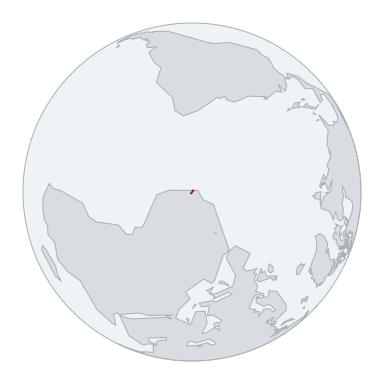 North Bank highlighted on a globe, orthographic projection, rotated 127°
{"feature_id": "GMB-5513", "entity_name": "North Bank", "entity_type": "Division", "adm_level": 1, "iso_a3": "GMB", "parent_name": "Gambia", "parent_adm1": "", "projection": "orthographic", "projection_center": [-15.943, 13.489], "detail": "fine", "context": "on_globe", "style": "filled", "palette": "rose", "viewbox_px": 384, "rotation_deg": 127, "n_neighbors": 0, "source": "natural_earth", "source_scale": "10m", "svg_char_len": 8938}
<svg xmlns="http://www.w3.org/2000/svg" viewBox="0 0 384 384"><g transform="rotate(127 192 192)"><circle cx="192" cy="192" r="169" fill="#eef3f6" stroke="#a8b0b8"/><path d="M48.7,102.6L37.0,125.1L39.5,119.4L39.7,118.8L48.7,102.6ZM151.7,27.9L139.6,31.5L139.7,32.2L127.1,39.6L130.5,38.4L127.9,41.2L130.9,41.1L127.7,43.0L132.9,41.4L135.2,39.7L138.3,38.6L140.3,38.5L136.5,40.7L135.0,41.1L134.9,41.8L132.2,43.0L134.7,42.4L129.9,45.4L137.5,42.5L136.2,45.0L132.2,47.0L128.9,46.7L111.5,52.3L106.5,55.2L102.8,59.1L103.6,66.2L99.6,69.8L96.9,74.8L100.8,72.5L104.3,68.0L110.8,65.6L114.3,60.9L117.5,59.4L122.6,55.1L125.8,56.0L126.2,59.5L122.1,63.4L122.1,65.2L129.2,62.1L124.8,70.5L127.3,78.4L125.7,80.9L116.8,83.8L108.6,81.8L97.1,87.6L108.6,84.4L104.4,91.4L105.4,93.0L108.0,93.2L111.1,91.0L110.6,93.7L99.0,97.4L99.3,94.9L103.0,93.6L99.1,93.0L91.3,96.4L89.8,100.1L79.6,102.9L78.4,105.8L75.5,108.3L78.1,103.4L73.2,112.6L60.9,120.3L54.1,137.4L56.5,122.9L54.7,120.2L51.8,119.0L50.6,121.7L48.5,117.7L43.6,121.7L37.4,134.4L34.5,145.5L37.2,148.2L40.1,143.1L43.3,143.5L36.6,158.1L41.4,163.3L38.4,174.9L39.2,182.0L42.7,181.8L46.1,186.3L49.9,180.4L55.5,178.2L54.1,188.0L58.4,180.0L60.7,185.6L72.7,188.4L71.4,190.4L81.3,204.4L94.4,212.0L97.5,219.7L95.7,223.7L100.8,225.8L100.9,228.7L123.3,236.2L136.4,244.7L137.2,254.5L128.4,264.5L125.8,286.5L111.4,291.6L111.4,299.9L106.4,310.5L97.3,307.8L103.6,314.5L101.6,317.2L96.7,316.2L99.1,320.2L95.6,319.4L100.2,322.7L99.6,326.5L105.6,331.2L106.4,334.1L110.4,336.8L108.9,336.3L108.6,336.7L110.3,338.0L103.4,334.4L95.7,328.5L94.0,326.2L91.9,325.1L87.6,318.7L87.2,319.6L78.2,308.0L74.5,298.9L63.0,269.2L59.1,262.3L50.3,252.6L39.4,225.9L40.5,217.0L38.9,211.7L44.3,199.9L44.1,186.4L42.5,183.8L40.2,187.9L35.9,177.1L36.0,166.4L31.7,142.0L33.2,136.2L36.2,128.3L49.4,101.4L56.7,90.8L64.8,80.7L73.7,71.4L83.3,62.7L93.5,54.8L104.2,47.6L115.5,41.4L127.2,36.0L139.3,31.5L151.7,27.9ZM51.5,143.0L57.3,154.5L51.9,153.7L53.3,152.5L52.3,148.3L49.7,143.6L45.6,143.8L51.5,143.0ZM58.7,135.1L57.6,133.9L59.0,134.4L58.7,135.1ZM120.5,54.9L121.5,55.0L120.0,55.7L120.5,54.9ZM121.7,53.1L119.3,53.9L119.5,53.1L121.0,52.6L121.7,53.1ZM124.7,52.3L120.2,51.8L120.7,50.5L126.8,47.8L124.7,52.3ZM135.1,39.3L132.7,41.0L132.9,39.7L135.1,39.3ZM134.5,38.8L130.7,37.2L135.2,35.0L135.6,35.8L140.0,33.2L144.1,32.8L142.6,34.1L138.9,35.6L143.3,34.4L134.5,38.8ZM139.5,38.0L138.3,37.8L142.2,35.7L145.3,35.9L143.0,36.5L139.5,38.0ZM139.2,32.9L142.6,31.7L146.8,30.9L148.7,30.4L144.6,32.6L139.2,32.9ZM143.2,36.9L146.7,36.1L146.7,37.1L140.9,38.2L143.2,36.9ZM141.9,35.2L143.9,34.3L143.8,34.8L141.9,35.2ZM148.7,40.8L147.2,40.2L149.0,39.0L148.7,40.8ZM148.1,35.7L148.0,35.4L148.6,35.0L150.9,34.7L148.1,35.7ZM147.9,32.1L149.0,32.2L149.8,31.1L153.0,30.7L149.7,32.4L152.5,31.6L153.5,31.5L149.6,33.0L147.9,32.1ZM154.9,33.2L151.8,35.7L154.2,36.9L152.5,37.9L149.0,35.8L154.9,33.2ZM152.2,32.9L153.5,33.3L150.8,34.2L148.2,34.5L152.2,32.9ZM156.4,30.0L152.3,30.1L153.2,29.7L156.4,30.0ZM156.2,33.3L156.9,32.8L156.6,33.3L156.2,33.3ZM156.9,30.7L155.4,30.7L156.4,30.3L156.9,30.7ZM159.7,31.8L158.6,32.5L156.8,32.6L159.7,31.8ZM158.8,31.1L160.6,30.6L156.8,32.2L158.0,31.2L158.8,31.1ZM158.2,30.4L158.3,30.1L158.7,30.4L158.2,30.4ZM167.0,31.0L162.6,33.0L158.7,33.3L163.5,31.2L167.0,31.0ZM116.6,341.2L104.8,335.3L110.6,338.3L110.4,337.1L118.2,341.0L116.6,341.2ZM117.9,338.3L120.2,338.1L122.0,338.9L120.8,339.4L117.9,338.3ZM358.2,161.6L354.4,147.1L349.3,133.1L349.6,135.8L343.2,126.2L337.8,130.8L335.3,127.6L334.7,130.4L330.0,128.6L325.5,123.3L323.5,124.9L334.8,138.8L336.9,137.2L336.2,129.7L339.2,135.2L343.5,138.6L344.8,155.5L333.9,175.6L330.1,164.2L307.2,136.8L306.3,133.1L306.1,132.7L305.6,132.1L306.4,138.3L301.5,132.9L316.8,152.5L320.6,161.8L333.8,176.4L333.3,178.7L336.7,181.3L344.2,172.8L344.8,176.8L343.0,197.3L330.2,227.8L330.3,244.1L326.6,258.7L315.1,271.1L312.5,281.6L306.0,286.8L303.3,292.9L296.0,300.4L285.3,308.1L270.8,311.1L272.8,306.0L269.8,296.9L266.9,272.6L273.6,259.8L273.5,250.5L262.7,231.0L265.3,218.6L261.7,214.1L254.7,216.3L250.2,210.8L245.7,211.2L215.4,218.4L204.4,211.4L187.2,188.3L191.4,178.4L189.2,167.3L215.8,127.5L224.9,128.7L249.7,120.6L253.4,121.4L254.2,130.0L275.8,137.1L278.4,129.2L294.3,131.7L302.5,129.3L299.0,113.3L285.4,116.8L279.5,110.1L287.4,101.1L298.7,98.9L296.7,96.3L286.5,92.2L286.0,86.6L282.6,90.4L286.3,92.6L284.3,95.3L280.8,93.6L280.8,91.5L276.5,91.2L277.8,101.8L281.7,105.2L272.4,109.3L278.0,115.5L276.5,119.3L266.6,110.4L265.2,106.6L249.3,98.4L250.0,102.5L265.0,110.9L261.7,110.6L262.7,117.2L259.3,112.0L242.7,102.7L232.3,107.0L224.3,124.6L217.1,126.9L208.6,124.7L206.1,108.5L222.5,105.3L221.9,100.3L214.0,94.1L219.6,93.9L218.4,91.2L224.2,90.0L227.8,82.8L233.0,81.3L230.0,73.5L232.3,71.9L233.4,76.8L236.9,79.7L249.2,77.0L250.3,75.0L247.4,70.4L251.2,70.6L246.8,66.5L251.7,63.6L242.0,64.0L238.4,59.5L239.0,55.4L236.0,54.2L235.0,60.9L236.2,63.7L240.0,65.8L241.7,74.3L238.4,76.4L230.0,68.4L224.4,70.9L220.4,64.3L225.5,48.9L229.9,45.6L246.3,48.5L247.8,51.3L242.7,51.4L251.4,55.0L248.8,52.9L251.9,53.3L249.2,49.7L251.3,49.8L245.1,46.4L247.4,46.2L251.2,48.4L249.1,43.7L252.6,42.9L251.2,41.9L248.6,40.9L254.7,41.0L253.4,40.2L250.8,39.9L246.5,38.3L241.2,35.7L243.6,35.8L245.8,36.8L254.2,39.3L259.8,42.3L260.2,42.2L255.9,39.7L245.8,36.4L241.9,34.9L246.5,36.0L244.5,35.5L243.4,34.8L244.5,34.4L239.3,33.1L223.1,27.2L223.6,26.5L229.6,27.7L220.8,25.5L232.8,28.0L244.4,31.4L255.8,35.5L266.8,40.5L277.4,46.2L287.7,52.7L297.4,59.9L306.6,67.8L315.1,76.3L323.1,85.4L330.4,95.1L337.0,105.2L342.8,115.8L347.9,126.8L352.1,138.1L355.6,149.7L358.2,161.6ZM210.7,147.0L211.0,150.3L210.7,147.0ZM313.5,104.9L318.4,103.5L311.2,95.2L312.4,94.2L309.5,92.0L310.6,94.7L302.7,88.6L303.0,85.2L299.9,81.8L298.1,82.2L298.8,89.5L310.1,97.9L311.1,102.1L313.5,104.9ZM73.1,188.4L74.4,190.6L72.3,190.2L73.1,188.4ZM50.1,157.4L51.8,158.3L52.4,160.1L50.9,160.1L50.1,157.4ZM67.2,163.2L69.7,164.8L66.7,164.8L67.2,163.2ZM58.4,156.1L65.2,162.4L59.3,163.6L55.2,159.8L58.7,160.1L58.4,156.1ZM55.7,140.2L56.6,141.4L55.6,143.0L55.7,140.2ZM59.8,135.5L59.3,135.5L59.3,133.9L59.8,135.5ZM105.1,91.2L106.0,91.0L108.2,91.8L106.2,92.6L105.1,91.2ZM123.3,89.5L122.0,94.1L121.6,91.2L118.6,92.9L114.1,89.3L124.7,81.9L120.7,85.7L123.3,89.5ZM110.9,83.1L112.6,85.8L110.3,83.2L110.9,83.1ZM206.1,79.5L209.5,80.6L209.4,83.8L202.9,87.1L202.9,82.4L206.1,79.5ZM214.3,81.7L207.9,73.6L211.7,71.7L210.6,74.0L213.8,73.6L213.0,77.3L223.0,84.0L223.6,87.3L211.1,90.7L214.9,87.5L211.3,86.4L214.3,81.7ZM184.6,60.8L181.8,58.5L193.7,57.1L194.9,59.5L188.4,62.5L183.2,61.6L184.6,60.8ZM136.3,48.0L134.5,48.1L135.5,47.3L137.9,46.7L136.3,48.0ZM147.8,40.6L145.3,47.2L143.1,47.5L144.3,51.7L139.0,54.2L138.4,51.4L135.1,56.7L132.4,55.2L130.9,58.9L130.1,52.2L127.6,51.4L132.5,51.2L137.5,48.8L138.9,47.5L140.9,43.5L137.9,41.1L142.4,38.8L146.3,37.8L147.7,38.0L144.4,39.4L148.7,38.7L144.9,40.9L147.8,40.6ZM190.2,34.0L185.7,34.4L193.7,35.5L189.9,36.8L191.1,36.9L189.8,38.5L190.3,40.8L188.1,41.2L189.2,42.0L188.4,43.2L189.3,44.5L185.6,45.8L186.3,47.6L184.1,47.3L186.3,50.0L183.0,48.6L181.7,50.5L185.6,50.8L163.6,57.5L156.9,62.2L153.2,67.0L148.0,64.7L148.2,59.0L151.6,52.6L158.8,48.8L155.2,48.7L157.5,47.0L159.4,47.7L157.9,45.6L160.3,44.4L163.4,40.2L159.7,38.3L160.7,36.9L163.4,37.1L162.5,35.7L168.3,35.2L169.1,34.3L175.6,33.2L180.3,34.5L180.9,33.4L185.9,32.8L190.2,34.0ZM168.9,30.7L175.3,31.4L176.4,32.6L164.6,34.1L163.1,35.0L155.5,36.5L154.1,34.9L156.4,34.5L158.3,33.9L158.0,34.6L159.6,33.5L162.8,33.1L165.0,32.2L166.4,32.6L168.9,30.7ZM255.4,117.8L257.9,117.7L261.3,116.7L261.9,121.1L255.4,117.8ZM244.1,111.5L246.0,110.6L248.6,115.8L246.1,116.1L244.1,111.5ZM244.9,106.0L245.9,110.2L243.8,108.1L244.9,106.0ZM234.9,75.9L236.7,75.0L237.7,76.0L237.8,77.8L234.9,75.9ZM213.0,39.6L210.3,39.1L210.3,38.7L205.5,36.7L207.9,35.9L211.7,36.7L213.0,39.6ZM297.9,116.5L296.9,120.1L295.0,119.0L295.8,118.0L297.9,116.5ZM279.5,120.8L284.8,121.7L279.7,121.9L279.5,120.8ZM214.8,38.3L212.6,37.6L215.2,37.7L214.8,38.3ZM209.4,35.2L212.0,35.1L207.6,35.6L209.4,35.2ZM341.4,250.4L328.6,277.5L324.6,279.3L326.5,272.4L333.1,256.6L338.5,250.3L341.9,242.5L341.4,250.4ZM232.0,33.4L236.0,36.7L240.5,39.2L245.5,40.6L240.2,40.4L233.3,36.4L232.0,33.4ZM223.9,27.8L219.6,27.1L220.3,26.9L221.3,27.0L223.9,27.8ZM222.2,27.8L219.1,28.1L215.8,27.4L218.9,27.2L222.2,27.8ZM217.2,32.3L218.2,33.2L216.1,33.1L217.2,32.3ZM208.0,23.8L211.6,24.2L210.3,24.1L206.5,23.7L208.0,23.8Z" fill="#d9dde1" stroke="#a8b0b8" stroke-width="1"/><path d="M193.2,191.7L193.3,191.7L193.5,191.6L193.6,191.8L193.8,192.0L193.7,192.1L193.4,191.9L193.3,192.0L193.2,191.9L193.0,192.0L192.9,192.0L192.7,192.0L191.6,192.1L191.4,192.1L191.2,192.2L191.1,192.3L191.0,192.2L191.0,192.3L190.9,192.4L191.0,192.4L190.9,192.4L190.7,192.4L190.4,192.4L190.4,192.2L190.2,192.0L190.2,191.9L190.3,191.8L190.2,191.7L190.4,191.7L190.6,191.7L190.8,191.7L191.1,191.7L191.3,191.7L191.5,191.7L191.8,191.7L192.0,191.7L192.4,191.7L192.5,191.7L192.9,191.7L193.1,191.7L193.2,191.7Z" fill="#f43f5e" stroke="#9f1239" stroke-width="1.5"/></g></svg>